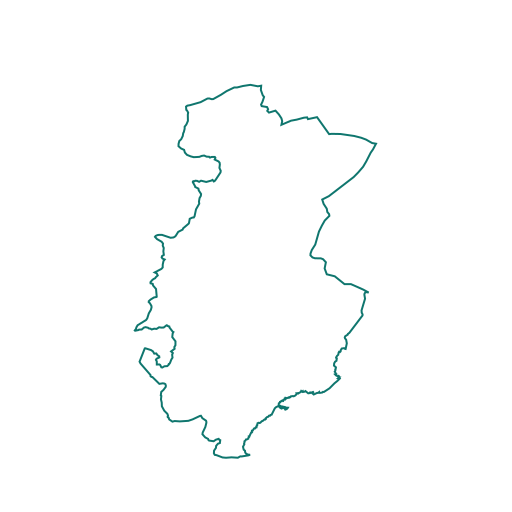 the district of Ogan Komering Ulu Selatan, Sumatera Selatan, Indonesia, rotated 57°
{"feature_id": "22746128B38683854456350", "entity_name": "Ogan Komering Ulu Selatan", "entity_type": "district", "adm_level": 2, "iso_a3": "IDN", "parent_name": "Indonesia", "parent_adm1": "Sumatera Selatan", "projection": "equal_earth", "projection_center": [104.077, -4.568], "detail": "fine", "context": "isolated", "style": "outline", "palette": "teal", "viewbox_px": 512, "rotation_deg": 57, "n_neighbors": 0, "source": "geoboundaries", "source_scale": "gbopen_adm2", "svg_char_len": 6153}
<svg xmlns="http://www.w3.org/2000/svg" viewBox="0 0 512 512"><g transform="rotate(57 256 256)"><path d="M272.9,399.6L281.2,411.2L283.3,411.4L298.3,409.3L299.4,409.9L300.5,409.5L301.1,408.8L310.6,406.7L312.0,403.5L313.1,402.3L314.1,401.8L315.6,402.2L316.6,403.0L317.9,406.5L318.4,409.5L321.1,411.8L321.8,411.6L324.5,413.8L327.6,414.9L330.8,416.8L335.8,417.2L340.1,416.3L341.9,416.7L342.6,417.6L343.2,417.8L343.9,417.3L345.8,417.8L349.4,416.3L350.1,414.1L353.2,410.0L357.4,402.5L358.5,398.1L359.6,390.1L360.0,389.2L362.8,389.3L366.9,387.6L367.7,387.8L368.8,388.4L371.8,391.6L375.0,396.8L376.3,398.0L380.4,397.4L383.3,395.8L384.5,396.1L385.2,395.9L388.3,392.4L388.2,389.7L389.0,386.9L390.0,386.9L391.0,386.3L393.2,388.2L392.7,390.1L393.5,392.8L395.1,394.1L396.4,397.2L398.6,398.8L400.3,398.9L401.5,397.6L406.7,393.8L408.9,391.0L411.5,386.2L415.3,381.1L415.5,378.3L416.3,377.2L419.0,371.1L419.5,369.2L418.4,370.7L416.6,371.9L415.0,372.1L413.3,371.3L411.7,371.8L408.9,370.8L407.5,368.3L406.7,368.1L406.1,367.2L405.1,366.6L405.0,365.3L404.4,364.4L405.0,363.0L405.0,362.0L404.5,361.7L404.0,360.2L403.3,360.2L403.4,359.4L401.6,356.5L401.7,355.6L401.3,355.6L400.3,354.6L400.7,354.1L399.6,351.6L400.1,350.7L399.7,350.2L400.0,349.0L399.3,348.8L398.9,347.5L398.4,347.5L398.2,346.8L397.1,345.8L397.3,344.6L398.0,344.0L398.2,343.2L397.7,341.1L398.0,340.4L397.7,337.9L398.2,337.3L398.0,336.4L397.4,336.2L397.1,334.4L397.5,333.2L397.0,332.2L397.6,331.1L397.2,330.4L397.6,329.3L394.0,323.2L393.7,321.6L394.0,318.9L396.8,318.3L397.9,317.6L398.1,315.8L399.6,315.1L400.8,315.1L401.1,313.7L400.8,312.3L400.6,311.9L399.5,313.4L398.2,314.1L397.7,314.9L396.7,315.6L396.2,316.8L395.1,317.0L393.9,318.0L393.1,318.0L392.0,317.1L391.9,315.6L391.4,315.3L391.6,314.3L391.4,313.8L391.8,313.4L391.5,312.7L392.3,312.1L391.6,311.3L391.9,310.5L391.4,309.9L392.2,309.7L392.0,308.7L391.2,308.3L392.1,307.4L392.4,305.3L392.9,305.4L393.1,304.1L392.7,303.2L393.6,301.3L394.2,300.8L394.4,299.0L393.9,296.9L393.2,296.8L393.8,295.6L394.3,295.3L394.1,294.9L394.4,294.0L394.3,292.5L393.8,291.6L394.9,291.3L394.8,290.3L395.7,290.5L396.3,289.0L396.2,288.1L399.6,287.0L400.1,285.9L399.9,285.0L400.5,284.9L401.1,282.2L401.4,282.2L401.5,283.1L401.9,283.5L403.6,283.0L404.1,279.3L404.6,278.6L404.5,277.3L405.0,277.6L405.6,277.0L406.6,274.7L406.4,273.9L407.0,273.1L407.0,266.4L405.5,259.5L405.1,255.8L404.2,251.5L404.1,252.8L403.3,253.7L403.1,252.4L402.8,252.8L402.4,252.0L401.8,251.9L401.5,252.0L401.5,252.9L399.8,253.9L398.7,254.1L399.2,253.2L398.8,252.9L397.8,253.4L397.2,252.9L395.9,253.0L395.3,251.8L394.3,251.3L394.3,250.9L392.9,249.6L390.4,250.3L388.6,248.9L387.7,247.2L387.7,245.6L385.9,244.0L385.7,244.1L385.8,244.4L384.7,244.1L383.9,242.4L383.6,240.8L382.0,239.3L381.6,238.5L382.3,238.0L382.1,237.0L381.3,236.5L380.3,234.5L381.3,232.3L381.8,231.7L382.4,231.9L382.8,231.5L378.7,227.4L375.3,226.0L373.6,226.2L372.6,225.9L371.9,224.9L371.9,221.9L371.4,221.4L371.3,219.6L363.9,199.1L363.0,198.4L361.1,198.2L359.1,197.1L351.2,187.8L347.5,186.2L346.7,185.5L345.9,183.8L348.0,181.4L342.5,184.4L331.3,191.7L327.8,197.1L315.9,201.0L309.9,206.6L303.8,205.2L299.3,200.8L295.2,201.5L293.3,202.9L290.0,207.8L288.0,209.4L285.1,210.0L283.6,208.9L281.4,206.0L278.7,200.1L269.8,189.9L266.4,184.2L263.7,179.0L262.3,172.6L260.7,171.9L257.9,172.2L254.9,170.9L249.1,170.9L244.7,169.7L245.5,162.3L243.0,131.1L241.6,124.8L239.5,117.6L236.7,112.0L231.8,103.5L230.3,99.8L227.2,94.2L224.5,97.1L218.3,100.3L214.1,103.4L208.8,108.3L199.7,118.7L194.7,126.1L193.6,128.3L172.8,129.2L169.5,137.9L167.6,137.6L166.1,140.5L163.8,147.6L161.6,152.9L159.8,163.2L157.2,160.6L154.4,159.7L149.7,159.7L144.7,160.5L142.8,167.0L140.4,167.5L139.5,165.9L137.1,165.6L133.4,169.6L131.8,169.3L130.2,166.6L127.0,162.6L124.8,162.8L119.4,161.5L116.0,158.9L114.7,162.0L109.4,167.5L106.3,174.4L104.3,180.2L102.8,182.5L101.7,190.9L101.7,197.6L101.1,206.4L100.3,207.8L98.4,209.4L97.5,211.0L96.8,218.7L93.6,229.1L92.5,231.7L92.6,233.3L95.5,234.9L96.4,234.6L98.8,234.8L100.3,236.2L105.6,239.5L107.8,242.8L108.7,245.4L110.5,246.6L112.7,249.0L113.4,250.2L115.5,252.1L117.3,255.1L117.8,257.7L119.8,259.9L121.7,261.2L125.0,260.3L127.8,258.5L130.5,259.3L133.6,258.8L136.9,256.5L139.2,254.4L140.6,252.0L142.0,249.5L142.5,247.0L143.5,244.8L145.8,243.3L147.2,241.3L148.4,241.0L148.7,239.4L150.5,236.6L151.6,236.6L152.6,238.1L156.3,235.9L157.9,235.7L159.6,236.5L162.2,238.7L165.4,239.2L166.6,240.3L170.1,248.3L170.6,249.9L170.5,250.8L168.5,251.0L168.4,252.5L166.8,257.4L162.9,261.1L162.8,263.3L160.9,264.5L159.8,265.9L159.8,267.0L159.1,267.8L159.2,268.4L159.7,268.8L164.3,269.1L165.0,269.4L168.1,267.6L169.8,268.3L174.1,268.3L175.5,269.5L176.7,271.8L179.3,274.2L181.2,275.1L184.2,280.9L189.2,285.9L189.8,287.2L189.1,288.5L188.7,291.3L191.9,294.3L192.2,295.0L193.1,302.0L193.9,303.2L193.4,308.1L195.4,312.4L195.6,313.7L195.5,315.1L194.2,317.7L187.0,323.4L185.5,325.7L184.8,327.3L184.5,329.2L184.9,330.3L187.9,329.8L192.6,327.4L194.9,327.2L196.6,328.6L199.0,329.0L201.7,331.2L204.9,332.7L204.9,334.9L205.8,335.9L207.3,335.8L209.2,334.5L209.8,336.3L212.4,338.9L214.8,340.5L215.3,342.3L214.6,349.9L216.6,348.7L218.8,349.0L219.2,351.5L219.7,352.7L219.5,354.5L219.7,356.3L220.5,358.8L221.5,359.3L223.1,357.8L224.7,358.4L229.2,357.8L236.0,361.4L236.2,361.7L235.2,364.1L235.1,368.1L235.5,370.5L236.2,371.1L237.9,370.7L241.0,370.9L242.2,371.6L243.9,373.5L245.7,377.1L249.0,381.1L249.8,382.9L249.6,393.0L250.7,395.2L251.8,396.4L252.7,399.1L252.6,398.7L254.1,394.9L254.0,394.3L255.4,391.9L255.0,389.0L255.5,387.4L257.4,385.6L258.4,385.3L259.5,384.1L260.8,383.5L261.5,381.0L263.0,379.1L263.0,376.1L264.5,374.4L265.7,372.4L265.4,368.7L266.0,368.2L266.6,368.2L267.9,367.1L268.8,367.5L274.1,367.1L274.8,366.7L275.6,368.1L278.4,370.4L283.7,370.0L287.0,372.2L287.9,374.1L289.5,374.8L289.8,379.2L292.1,378.6L293.1,380.1L295.8,381.4L296.7,383.4L298.8,386.3L299.3,387.5L299.1,388.0L299.7,388.6L300.0,390.4L298.6,392.9L298.5,395.3L297.8,396.0L295.2,395.7L294.4,396.0L293.0,398.3L290.3,396.6L288.6,396.5L288.0,395.3L288.4,392.3L287.4,391.8L285.6,392.6L283.4,392.7L282.5,394.5L279.8,394.4L277.7,395.3L273.1,399.1L272.9,399.6Z" fill="none" stroke="#0f766e" stroke-width="2"/></g></svg>